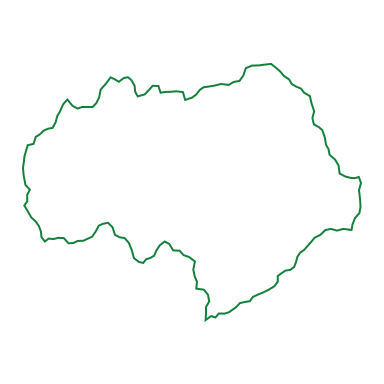 outline of Presidente Bernardes, Minas Gerais, Brazil
{"feature_id": "56859067B22989959001744", "entity_name": "Presidente Bernardes", "entity_type": "district", "adm_level": 2, "iso_a3": "BRA", "parent_name": "Brazil", "parent_adm1": "Minas Gerais", "projection": "equal_earth", "projection_center": [-43.159, -20.778], "detail": "fine", "context": "isolated", "style": "outline", "palette": "green", "viewbox_px": 384, "rotation_deg": 0, "n_neighbors": 0, "source": "geoboundaries", "source_scale": "gbopen_adm2", "svg_char_len": 2275}
<svg xmlns="http://www.w3.org/2000/svg" viewBox="0 0 384 384"><path d="M205.6,320.1L211.2,316.1L215.4,317.5L218.9,313.5L224.7,313.6L228.9,312.3L232.4,309.8L236.1,307.2L239.9,303.1L244.8,302.0L249.8,301.2L253.0,296.9L258.1,294.5L263.1,292.5L268.9,289.6L274.4,286.2L277.8,281.6L277.7,276.1L281.1,273.5L285.4,270.6L290.4,269.8L294.0,267.1L295.9,262.5L297.4,256.8L300.0,252.8L304.1,249.9L307.7,245.8L311.2,241.9L314.6,237.7L320.3,234.9L325.3,230.1L330.9,228.9L337.1,230.6L343.1,228.9L347.2,229.4L351.5,230.0L352.5,224.5L354.9,218.2L359.4,213.1L360.5,207.0L360.1,199.5L359.0,190.3L361.0,182.9L358.8,177.0L354.9,178.2L350.8,177.9L345.3,176.5L339.6,173.6L338.6,165.5L335.0,159.5L329.6,154.8L328.5,149.1L326.0,144.8L324.9,137.7L322.3,130.1L318.7,127.0L313.9,124.4L312.4,118.0L314.2,111.2L311.6,103.7L309.9,96.1L304.1,92.7L301.0,88.6L296.2,86.6L291.7,84.0L289.1,79.4L284.0,76.0L280.1,71.4L275.8,67.6L271.0,63.9L264.0,64.7L259.0,65.4L252.0,65.6L245.8,68.2L243.4,75.4L239.5,80.9L233.5,82.0L228.8,84.9L221.0,84.0L214.0,85.7L207.7,86.7L203.7,87.2L199.9,89.8L196.4,94.4L192.1,97.6L185.2,99.9L182.9,92.1L176.5,91.3L170.4,91.8L165.9,91.9L160.6,92.7L158.4,86.0L152.6,85.8L149.2,89.8L144.7,94.4L137.7,96.4L135.2,91.8L134.6,85.7L131.4,80.1L127.9,77.2L123.6,78.1L118.9,81.8L114.4,79.1L110.6,77.4L105.8,83.8L100.6,89.7L99.1,97.6L96.4,103.0L92.7,107.0L87.3,107.0L82.1,107.0L77.5,108.6L72.4,105.7L67.4,99.6L63.3,104.0L59.9,111.6L57.3,116.0L55.6,122.3L52.6,127.9L48.1,128.7L43.6,130.7L39.8,134.4L35.8,136.8L33.5,143.9L27.7,145.2L26.0,151.1L24.5,156.1L23.9,161.8L23.0,167.8L23.6,175.0L25.4,184.8L29.9,189.7L27.1,195.0L27.3,201.3L24.3,205.5L27.1,210.1L31.2,217.3L35.7,221.5L38.9,226.1L40.9,231.5L41.5,237.2L44.9,241.5L48.6,238.6L53.7,239.0L58.4,237.8L63.8,238.1L68.5,243.3L73.5,243.0L77.5,241.0L83.5,240.7L88.4,238.4L92.1,236.7L95.4,232.0L98.8,225.7L102.6,223.9L108.0,222.8L112.5,227.2L115.0,234.9L119.8,237.3L124.7,238.1L128.8,242.8L131.8,250.2L133.9,258.0L138.9,262.0L143.2,262.9L146.2,259.2L150.3,258.0L154.1,255.7L156.3,250.7L159.7,245.4L164.7,241.5L169.3,243.9L173.2,250.4L179.6,250.7L183.5,255.1L189.2,257.1L194.9,261.4L193.3,269.5L194.7,276.4L197.0,281.8L196.3,288.6L203.9,289.7L208.0,294.8L209.2,301.5L206.0,307.0L206.0,313.6L205.6,320.1Z" fill="none" stroke="#15803d" stroke-width="2"/></svg>